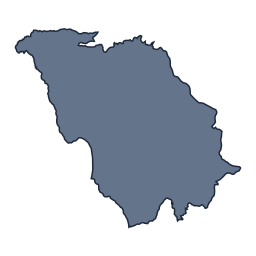 Manonyane, Maseru, Lesotho
{"feature_id": "5366337B83171462701560", "entity_name": "Manonyane", "entity_type": "district", "adm_level": 2, "iso_a3": "LSO", "parent_name": "Lesotho", "parent_adm1": "Maseru", "projection": "equal_earth", "projection_center": [27.717, -29.478], "detail": "fine", "context": "isolated", "style": "filled", "palette": "slate", "viewbox_px": 256, "rotation_deg": 0, "n_neighbors": 0, "source": "geoboundaries", "source_scale": "gbopen_adm2", "svg_char_len": 5652}
<svg xmlns="http://www.w3.org/2000/svg" viewBox="0 0 256 256"><path d="M128.9,227.2L130.1,226.3L130.7,226.9L131.9,226.3L133.6,225.9L134.9,225.3L136.0,224.6L137.7,224.1L139.3,224.2L140.6,223.3L142.4,222.6L143.8,222.9L144.8,223.3L145.7,223.2L146.8,223.6L147.7,223.6L148.8,221.8L150.1,221.0L152.5,221.0L153.6,219.9L155.5,218.6L156.2,216.5L156.7,215.3L157.1,214.1L157.1,212.7L157.7,211.8L157.8,210.7L159.2,209.2L159.4,206.8L160.2,205.2L161.0,204.1L162.4,203.0L163.0,202.2L164.3,199.9L165.1,199.5L166.0,198.4L167.8,198.2L168.7,198.8L171.0,199.7L171.7,200.6L172.0,201.8L172.6,202.9L171.7,202.6L171.7,204.1L172.4,204.7L172.4,205.7L172.1,206.9L172.6,208.0L174.2,208.5L174.6,209.8L174.4,214.4L175.6,215.3L176.1,216.5L176.9,217.2L177.2,218.2L177.2,219.8L177.6,220.9L178.7,219.7L181.4,219.5L182.2,219.8L182.8,219.3L182.4,218.2L181.3,218.1L181.3,216.9L180.8,215.9L183.1,215.3L184.0,214.0L185.2,213.8L185.9,213.3L186.0,212.3L185.4,211.5L185.7,210.3L185.5,208.8L186.3,209.4L187.2,209.3L186.5,208.2L188.1,206.3L187.7,205.6L187.7,204.5L188.2,203.7L189.0,203.0L190.2,203.2L191.1,203.7L191.9,204.7L192.7,204.7L193.8,205.6L195.1,205.8L195.9,205.6L199.4,206.2L200.6,205.6L201.5,204.9L202.6,205.0L203.5,206.0L204.5,206.8L205.0,208.1L206.4,208.1L207.5,207.1L207.7,205.6L209.4,202.4L211.2,200.3L212.1,197.6L213.7,196.0L214.3,194.9L214.6,191.8L214.6,190.3L214.4,187.5L214.6,184.9L216.4,184.6L218.0,184.6L217.9,183.5L216.0,181.4L217.5,180.9L220.0,179.5L222.8,177.0L226.0,173.6L227.9,173.0L229.9,173.1L232.4,174.3L233.9,174.1L235.9,172.2L237.4,171.4L239.1,170.8L239.9,169.4L240.6,168.0L239.7,166.9L236.1,166.3L235.2,166.3L233.5,166.0L231.8,165.4L229.0,163.9L227.3,162.1L226.0,161.8L224.5,160.4L221.7,158.9L221.2,156.4L220.2,155.6L219.6,154.7L219.1,152.7L220.0,150.9L220.8,149.7L221.5,145.4L221.3,143.1L220.7,140.7L220.9,139.0L221.5,136.3L221.5,134.6L221.9,131.3L220.1,129.8L218.7,129.2L217.2,129.3L215.4,127.3L214.1,128.5L212.7,127.7L211.8,126.6L214.1,124.0L215.4,122.1L214.9,117.6L215.5,115.3L216.4,114.0L216.8,112.0L215.7,109.6L213.3,108.8L210.5,107.1L208.3,106.0L203.1,103.2L200.2,102.8L199.0,102.8L196.7,101.0L194.9,99.3L191.1,95.3L190.3,94.0L190.0,88.9L189.1,86.4L187.5,84.6L185.7,83.3L183.6,82.9L181.1,81.2L178.4,77.7L177.2,76.8L174.7,76.3L173.7,75.3L173.0,73.2L172.5,71.0L171.8,69.1L171.0,67.7L170.3,65.9L170.3,62.7L170.1,60.5L169.5,58.2L168.6,57.2L167.6,55.6L166.5,51.9L165.2,50.9L163.4,50.7L160.8,47.5L159.6,47.8L157.9,49.3L157.1,49.4L155.8,49.3L153.2,48.6L153.0,46.7L152.1,46.1L152.7,43.9L153.7,42.1L152.3,42.6L151.3,43.7L150.6,44.9L149.6,45.2L148.0,45.2L147.3,44.5L145.7,44.6L145.2,42.6L145.3,41.4L143.5,42.7L142.3,42.6L141.5,41.5L140.7,40.2L140.7,38.6L141.4,37.5L141.6,36.1L140.1,35.6L138.2,36.7L137.1,38.4L136.4,37.8L134.6,37.4L133.6,38.4L133.1,39.8L132.5,41.0L131.3,41.0L130.2,39.8L128.8,40.4L125.6,40.4L124.0,41.0L123.2,42.0L123.1,43.4L122.2,43.7L121.0,42.9L119.6,42.7L118.3,43.4L117.7,44.4L116.8,43.4L115.4,43.7L114.4,42.7L113.9,43.8L114.1,46.0L113.6,46.8L112.2,47.2L110.7,47.3L109.2,48.1L108.3,49.0L107.6,49.8L106.0,52.1L104.9,52.1L104.1,51.9L103.5,50.9L102.7,48.5L102.9,47.3L102.2,46.0L101.6,44.6L100.7,44.6L99.8,44.4L98.9,45.0L96.1,45.4L95.3,46.4L94.0,47.0L89.2,47.0L87.0,46.8L85.2,45.7L83.2,46.3L82.4,45.7L79.6,45.8L78.3,45.4L79.0,43.8L79.5,43.2L80.4,42.6L81.8,42.6L82.9,43.2L85.0,43.5L86.7,43.3L87.9,42.3L90.6,41.1L94.3,41.3L93.3,39.0L92.7,38.3L93.1,37.0L94.2,36.6L96.9,34.0L97.9,32.2L96.1,32.2L94.3,32.5L93.4,33.2L89.5,33.2L88.2,33.7L87.0,33.0L85.1,32.7L84.1,32.7L82.7,33.0L81.3,33.9L80.1,33.6L78.6,33.7L77.7,32.7L76.0,31.5L73.7,30.6L71.9,30.1L70.4,29.1L66.5,29.6L64.4,28.8L60.9,29.5L60.0,29.5L58.3,30.8L57.6,30.8L56.5,31.2L55.1,31.3L53.9,30.6L53.2,31.3L50.5,30.6L49.4,31.0L46.6,31.5L45.1,31.0L43.1,31.0L42.5,31.7L41.3,31.4L39.8,30.6L38.6,31.5L37.3,30.6L35.9,30.3L33.6,30.3L33.3,31.7L32.0,32.5L31.2,33.4L30.8,34.6L30.7,36.4L29.6,36.7L28.5,36.2L26.9,36.2L26.1,37.2L25.1,36.9L23.6,39.3L22.4,39.3L22.3,40.4L21.1,40.6L19.8,40.5L19.2,41.3L18.3,41.6L18.2,42.9L17.4,43.2L17.1,45.1L15.9,45.7L15.4,47.8L16.3,49.2L16.4,50.0L16.9,51.4L18.0,52.3L18.3,52.7L18.9,53.0L19.2,52.9L19.4,52.8L19.6,52.6L20.0,51.8L20.4,51.5L21.2,51.9L21.6,51.6L22.0,51.5L22.5,51.6L23.6,51.6L23.6,52.3L23.5,52.6L23.7,53.0L24.1,53.2L25.0,52.0L25.2,51.7L25.3,51.3L26.1,50.5L26.4,50.6L26.9,51.2L27.5,51.8L27.7,52.4L28.0,52.5L29.5,54.0L30.3,54.4L30.9,55.0L31.4,55.0L31.7,54.9L32.9,56.6L33.5,58.0L34.2,59.2L34.0,60.7L34.7,63.3L35.1,64.6L35.1,65.9L35.9,66.6L35.6,67.5L36.5,67.4L36.3,68.8L37.6,69.6L38.6,70.1L39.4,71.3L41.5,72.6L41.8,74.0L41.3,75.6L41.3,76.8L41.5,78.5L42.6,79.7L44.6,80.8L45.1,83.2L46.5,83.7L47.5,84.3L48.3,86.1L48.5,87.0L48.0,88.0L48.8,91.4L48.0,92.9L47.8,94.1L48.4,94.9L48.5,96.4L48.8,98.0L49.9,101.3L50.7,102.0L52.4,104.1L53.5,104.6L55.1,108.6L55.5,109.6L56.1,110.4L56.2,111.6L55.9,113.0L56.2,114.8L57.1,116.4L57.1,117.6L56.8,119.1L56.7,121.9L57.4,124.7L59.3,127.2L59.4,128.4L59.2,129.9L59.9,132.2L61.4,133.2L62.3,134.3L63.2,136.0L64.0,136.9L64.6,139.3L65.8,140.6L66.6,141.6L68.4,143.1L70.0,142.7L71.6,142.8L73.7,141.0L75.6,140.9L76.9,139.8L78.8,137.8L80.1,137.8L82.0,138.1L85.1,139.9L88.2,142.6L91.3,148.6L92.6,157.9L92.8,169.8L91.8,176.2L91.2,178.6L92.3,178.9L93.4,178.9L94.5,179.4L95.0,182.3L95.7,183.2L96.7,184.0L98.3,184.4L98.7,185.8L98.7,187.6L98.8,189.4L100.0,192.0L101.8,193.0L102.9,193.9L103.5,195.5L104.2,196.3L104.9,196.7L105.7,196.7L106.5,196.9L107.7,196.7L108.8,196.3L110.0,196.6L110.5,198.2L113.0,199.9L114.4,200.6L115.1,201.1L116.0,202.8L117.2,203.7L119.2,205.5L120.0,206.5L120.6,207.4L121.5,207.5L122.7,209.1L123.3,210.9L123.3,212.4L123.7,213.6L124.9,214.9L127.2,219.1L127.9,221.2L128.6,224.1L128.9,227.2Z" fill="#64748b" stroke="#1e293b" stroke-width="1.5"/></svg>